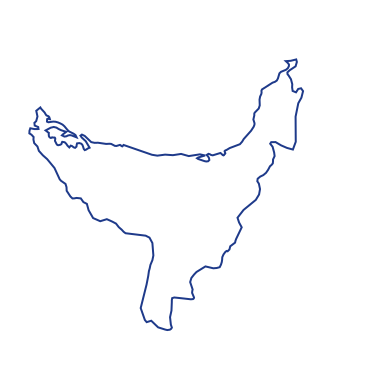 an SVG outline of Bay of Plenty, rotated 343°
{"feature_id": "NZL-3399", "entity_name": "Bay of Plenty", "entity_type": "Regional Council", "adm_level": 1, "iso_a3": "NZL", "parent_name": "New Zealand", "parent_adm1": "", "projection": "albers", "projection_center": [176.715, -38.184], "detail": "fine", "context": "isolated", "style": "outline", "palette": "blue", "viewbox_px": 384, "rotation_deg": 343, "n_neighbors": 0, "source": "natural_earth", "source_scale": "10m", "svg_char_len": 3814}
<svg xmlns="http://www.w3.org/2000/svg" viewBox="0 0 384 384"><g transform="rotate(343 192 192)"><path d="M71.7,66.8L72.0,68.1L74.3,72.9L74.8,75.1L75.2,76.2L76.9,77.6L77.4,78.8L77.4,80.8L76.8,80.6L75.8,79.7L74.8,79.9L73.9,82.3L75.0,83.3L79.9,84.1L82.0,84.9L84.2,86.3L86.2,88.0L87.9,89.7L89.2,91.8L91.1,96.3L92.2,98.2L95.7,101.5L97.2,103.4L97.6,106.0L93.3,102.6L91.8,101.9L89.9,101.7L88.1,102.0L86.2,101.7L84.2,99.8L85.5,99.1L89.3,97.7L85.0,94.7L82.9,92.8L81.2,90.8L78.8,89.4L75.7,89.2L70.0,90.3L70.7,91.3L71.9,93.0L72.4,93.6L72.0,94.5L71.7,95.6L71.5,96.7L71.7,97.8L72.5,98.9L73.3,99.1L73.9,98.9L74.2,98.8L74.9,99.3L76.2,99.6L76.7,99.9L76.9,100.7L76.6,101.6L76.1,102.5L75.9,103.0L76.5,106.5L76.7,107.2L77.3,107.9L78.0,108.2L80.1,108.3L81.1,108.0L81.7,107.2L82.2,106.4L82.6,106.1L84.8,107.2L85.8,109.0L86.5,111.3L87.7,113.5L89.6,112.2L90.8,113.1L91.9,114.7L93.1,115.6L94.8,114.8L95.5,113.2L96.3,111.9L98.6,112.3L100.2,113.4L100.9,114.7L101.1,116.6L101.1,119.2L101.7,120.6L103.2,120.5L105.1,119.9L107.0,119.7L105.2,112.3L102.5,107.7L101.8,105.5L103.5,104.9L105.8,107.0L110.2,114.8L113.2,116.5L116.5,117.4L123.9,120.9L127.4,121.8L128.8,122.4L131.7,125.3L133.2,125.9L136.9,125.9L137.5,126.5L138.0,127.5L138.8,128.0L140.3,127.0L164.6,144.7L169.5,147.1L177.2,148.4L184.5,151.2L192.7,152.4L199.4,156.7L210.6,158.3L215.2,160.9L208.1,160.8L206.7,161.2L207.5,162.2L213.1,166.2L214.6,167.0L216.4,167.3L217.9,166.5L218.2,164.6L217.7,162.5L216.8,160.9L218.9,160.3L220.1,161.1L221.1,162.2L222.6,163.0L230.6,163.0L230.9,163.4L232.2,165.7L232.9,166.2L233.5,166.0L234.0,165.4L234.7,165.2L235.2,164.7L235.1,163.6L235.1,162.5L236.0,162.0L237.3,161.9L240.9,161.0L251.8,160.3L254.7,158.5L256.9,156.5L266.4,150.7L270.1,147.6L271.4,145.9L271.9,144.5L271.9,140.6L274.0,136.9L274.4,135.4L275.1,134.5L280.2,131.7L282.1,129.0L283.6,123.4L285.0,120.7L286.9,118.6L287.6,117.3L288.0,115.5L288.9,114.4L301.0,111.0L303.5,110.9L305.7,110.2L307.4,108.5L310.3,104.1L312.2,103.1L317.6,102.6L319.9,101.6L321.5,99.9L322.0,98.4L321.4,96.7L320.0,94.3L324.8,95.4L330.4,95.7L330.3,98.3L327.8,102.1L320.8,104.2L318.2,105.5L317.8,107.3L318.4,108.7L319.6,113.1L319.4,118.2L318.3,121.3L317.8,124.8L320.6,127.1L323.7,124.5L326.6,124.7L327.7,128.0L324.2,133.8L319.6,138.2L313.1,150.2L305.9,174.3L300.9,180.9L295.7,177.6L290.9,173.5L286.5,168.7L282.3,167.5L280.9,168.7L282.3,172.3L282.1,178.3L281.5,181.8L279.0,184.6L278.4,186.5L277.6,188.3L275.9,189.4L274.1,190.2L271.3,193.0L268.4,195.3L265.1,196.7L261.8,197.2L258.7,198.5L257.6,200.8L258.4,203.6L257.9,209.1L255.4,214.0L250.7,218.2L236.1,224.2L228.0,229.9L228.1,234.9L229.2,240.3L220.4,249.9L219.3,251.4L218.4,253.0L212.7,255.1L211.0,257.9L208.7,259.1L207.8,258.5L206.3,259.1L203.9,260.9L201.9,263.2L201.0,265.6L200.0,267.7L198.5,269.9L196.5,272.0L193.4,271.9L190.1,271.2L183.1,267.1L172.9,269.8L169.9,271.5L166.3,274.0L163.9,277.6L164.1,285.4L163.3,286.8L162.6,288.5L163.1,293.5L162.6,294.3L161.7,294.7L159.6,294.3L152.9,291.4L148.0,289.3L144.2,287.7L142.0,287.7L141.1,289.5L140.4,291.7L137.7,299.4L134.4,305.3L133.0,312.7L133.1,315.8L132.1,316.7L130.6,317.2L128.0,316.8L126.1,315.7L120.0,311.5L115.4,303.2L110.6,303.2L109.5,300.6L109.0,288.0L121.5,267.2L123.9,262.7L125.6,259.5L127.7,255.0L129.2,252.7L130.9,249.6L134.2,245.6L136.5,241.4L139.2,229.2L138.0,223.2L134.9,220.2L116.4,212.0L115.0,210.1L113.8,207.6L111.7,204.2L110.1,200.0L107.3,197.2L105.4,195.5L102.6,193.1L95.7,193.1L89.8,188.0L87.8,179.2L88.0,172.6L85.2,169.9L83.8,165.6L79.8,163.9L77.7,163.7L75.8,163.2L74.4,160.7L72.5,154.2L73.4,150.7L73.4,147.3L70.1,143.1L69.2,141.2L67.5,128.8L63.1,118.2L60.1,113.3L57.6,107.9L57.5,103.3L55.4,99.1L55.7,95.5L56.6,93.1L55.2,90.2L53.6,88.4L54.5,85.9L56.0,83.8L59.6,85.7L63.6,86.9L63.9,84.9L61.0,82.5L61.5,79.8L63.7,78.7L66.3,74.6L66.8,68.8L71.7,66.8Z" fill="none" stroke="#1e3a8a" stroke-width="2"/></g></svg>